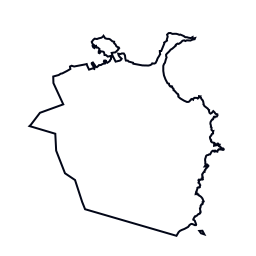 Kritar - Sirah, `Adan, Yemen (Robinson projection), rotated 278°
{"feature_id": "15242507B68167315655913", "entity_name": "Kritar - Sirah", "entity_type": "district", "adm_level": 2, "iso_a3": "YEM", "parent_name": "Yemen", "parent_adm1": "`Adan", "projection": "robinson", "projection_center": [45.033, 12.772], "detail": "fine", "context": "isolated", "style": "outline", "palette": "ink", "viewbox_px": 256, "rotation_deg": 278, "n_neighbors": 0, "source": "geoboundaries", "source_scale": "gbopen_adm2", "svg_char_len": 5918}
<svg xmlns="http://www.w3.org/2000/svg" viewBox="0 0 256 256"><g transform="rotate(278 128 128)"><path d="M116.2,30.2L112.2,56.8L95.6,60.0L74.4,71.9L69.1,82.8L48.4,92.9L41.6,96.8L28.0,191.0L31.9,192.6L33.3,193.7L34.5,195.4L35.9,197.9L38.4,201.3L39.6,202.0L40.3,202.3L41.5,203.5L41.9,204.4L41.8,205.4L41.1,207.7L41.3,208.8L42.0,208.9L42.5,208.5L42.8,208.5L43.2,208.3L44.2,207.7L45.4,207.1L46.0,206.3L46.3,205.4L47.2,205.5L49.7,206.5L49.7,207.1L50.3,207.5L50.7,208.3L52.6,209.7L52.6,210.2L53.3,211.1L54.4,211.6L54.7,211.4L54.8,211.2L55.4,211.5L56.5,211.0L58.5,210.4L59.0,210.8L60.3,210.9L61.0,210.7L61.9,211.1L62.7,211.5L62.7,212.1L63.2,212.5L64.2,212.5L65.0,212.2L65.4,213.0L65.9,213.2L66.6,212.6L68.6,211.5L69.9,210.1L70.5,209.1L71.2,207.3L71.9,207.1L72.0,206.7L71.9,206.1L72.6,205.9L72.6,205.4L73.0,205.1L72.5,204.7L72.2,204.7L72.0,204.2L72.6,204.2L73.0,204.4L74.1,204.3L74.5,204.8L75.8,204.7L76.3,205.0L76.7,205.0L77.7,205.2L78.3,205.0L78.7,205.3L78.7,205.7L79.2,206.7L79.1,207.1L79.4,207.4L80.0,207.3L80.2,207.1L80.5,207.3L81.1,207.5L81.5,207.5L82.0,207.0L82.6,206.6L83.0,206.5L83.6,205.4L84.8,205.8L86.1,205.0L86.8,205.5L86.5,206.1L86.8,206.8L86.8,207.1L87.3,207.4L87.3,208.9L87.5,209.2L87.8,209.0L88.5,209.0L88.8,208.6L89.0,208.9L89.4,208.7L89.7,208.6L89.9,208.8L90.3,208.4L90.9,208.1L91.7,208.3L92.4,207.9L94.7,209.0L95.1,209.3L95.1,209.8L95.2,210.0L96.5,209.8L97.1,210.0L97.4,210.5L98.6,210.7L99.4,211.5L99.8,211.6L100.0,211.9L100.4,212.0L100.7,212.4L101.6,212.9L101.9,212.8L102.0,212.3L102.2,212.1L102.5,212.0L102.7,211.7L100.8,210.4L100.6,209.3L103.0,210.4L103.4,209.5L105.2,209.3L106.5,208.9L108.0,208.7L110.0,209.1L110.8,209.1L111.6,209.5L112.1,210.1L112.4,211.1L113.2,212.0L113.2,212.8L113.3,213.0L116.3,214.1L117.3,215.1L117.3,215.7L117.2,216.2L116.8,216.4L116.6,216.8L116.8,217.1L117.2,217.1L117.0,217.5L117.6,217.8L117.1,219.0L117.0,219.8L118.5,220.0L119.0,220.8L119.5,220.8L119.7,221.8L119.6,223.1L120.0,223.6L119.6,224.2L119.5,225.2L120.0,225.8L120.3,225.7L120.6,225.6L121.0,225.1L121.0,223.7L121.3,223.2L121.6,222.3L122.3,222.1L122.4,221.2L122.6,220.7L123.1,220.7L123.8,220.9L123.5,220.2L124.7,220.0L125.1,219.5L125.1,219.1L125.0,218.7L124.0,218.1L123.9,218.5L123.4,218.4L122.4,215.7L123.8,215.6L124.7,216.2L125.3,215.6L125.3,215.3L125.1,214.9L125.5,214.1L125.5,213.2L126.2,212.1L126.9,212.0L127.5,212.1L128.0,211.7L128.0,211.3L129.3,210.7L130.4,210.4L131.1,210.7L132.3,211.6L133.1,211.6L133.8,212.0L134.4,213.0L135.0,212.9L135.4,212.8L136.8,212.9L136.6,212.4L137.1,211.9L137.6,211.1L138.0,211.0L138.2,210.8L140.0,210.7L140.6,209.9L141.1,210.0L142.7,209.5L143.5,209.0L145.0,208.9L145.7,209.0L147.1,209.6L148.1,210.2L148.1,210.6L148.4,210.9L148.7,211.1L149.2,211.0L150.9,211.5L150.7,212.3L151.3,212.4L151.4,213.3L151.7,213.7L151.7,214.3L152.9,214.9L154.0,214.6L154.2,212.8L154.8,212.2L155.6,211.5L156.6,210.1L154.5,208.8L153.7,207.7L154.4,206.6L156.4,205.7L157.1,205.8L157.4,205.1L158.3,204.3L160.4,200.6L161.1,200.2L161.9,199.4L162.6,199.5L163.6,199.1L164.4,198.9L165.5,198.3L166.2,197.7L166.4,197.2L167.7,196.2L168.1,196.1L168.3,195.9L168.3,195.2L169.1,194.8L169.4,195.0L169.4,193.9L168.7,194.0L168.1,193.8L167.3,193.3L166.9,193.0L167.4,192.2L167.1,189.5L166.4,189.1L165.9,188.5L165.2,188.5L165.7,187.3L165.4,186.6L165.2,186.5L164.9,186.7L164.6,186.2L164.0,185.7L163.3,185.4L162.7,184.9L162.2,184.0L162.0,182.7L162.9,179.6L164.6,175.6L166.0,173.5L166.8,173.2L167.4,173.5L168.7,172.6L168.8,171.9L171.5,168.7L171.7,167.9L172.8,167.8L173.4,167.4L173.4,166.9L174.6,166.0L175.3,165.9L175.4,165.4L175.4,165.0L174.9,164.7L175.1,164.0L175.4,163.9L175.5,163.5L176.3,162.8L177.6,162.4L177.8,160.9L181.3,158.4L185.1,156.3L189.4,155.0L194.4,154.3L196.3,154.7L197.8,155.5L201.1,155.9L203.4,156.4L204.1,155.9L205.8,155.5L206.7,155.9L209.5,158.1L211.5,159.3L212.7,160.8L216.1,163.8L216.4,163.5L217.1,163.8L217.9,164.6L218.5,165.5L218.3,166.2L218.7,167.0L220.0,168.4L221.7,169.6L222.3,170.4L222.6,171.7L222.1,172.6L223.0,174.1L223.3,177.7L224.5,179.6L225.2,181.6L226.4,181.9L225.6,180.0L226.0,179.5L227.0,179.3L225.8,177.7L225.8,175.6L226.1,173.7L225.9,172.5L226.2,171.3L226.6,171.0L227.2,169.1L227.8,166.8L227.4,165.8L227.8,164.4L228.0,162.6L227.4,158.8L228.0,156.8L227.6,155.0L225.9,153.7L223.9,154.6L221.1,154.1L220.0,154.5L217.6,151.9L216.8,152.2L208.9,150.2L208.7,148.8L207.5,149.0L205.4,149.6L205.1,149.3L203.8,148.9L201.5,147.8L199.8,147.3L199.2,147.3L196.3,146.3L195.5,145.3L195.3,143.9L195.4,143.0L194.3,142.5L193.3,141.1L192.7,139.6L192.0,133.6L192.4,124.3L193.3,124.0L193.9,119.4L194.7,118.4L194.5,116.5L196.4,115.7L199.5,114.9L201.2,113.5L201.0,111.6L200.2,110.3L200.2,108.0L198.4,108.8L197.0,110.2L195.7,112.1L194.6,111.6L193.6,110.6L192.0,106.5L197.7,102.5L200.1,101.4L201.2,105.0L204.4,107.5L204.9,107.3L205.9,108.1L206.5,107.6L206.8,106.2L207.3,105.1L209.0,104.0L210.0,102.5L211.5,102.3L211.6,100.6L213.3,97.9L213.6,96.7L213.4,94.9L213.6,93.0L215.9,90.9L214.9,90.4L213.7,89.1L212.7,86.5L211.8,84.9L211.8,82.5L210.4,81.3L208.2,80.1L206.2,81.3L205.5,82.6L204.4,81.5L203.0,82.4L202.6,83.4L204.2,83.6L204.8,84.9L203.6,85.1L203.2,85.4L203.6,86.4L203.1,87.6L202.5,88.2L202.3,88.7L201.2,88.7L200.7,89.3L200.1,88.4L199.3,88.4L198.3,88.6L198.1,89.4L198.8,89.9L200.2,90.1L200.1,91.6L200.2,92.5L199.8,93.5L198.4,94.2L197.0,94.6L197.1,96.2L195.9,98.0L196.4,99.5L197.2,101.4L196.4,102.0L195.2,101.4L193.9,101.6L192.9,100.9L191.7,100.6L189.7,98.4L190.4,97.2L191.5,96.9L191.7,96.1L191.4,95.0L190.4,94.9L189.9,95.8L189.6,96.8L188.5,96.1L188.6,95.3L187.6,93.6L186.6,92.4L186.2,90.5L185.6,90.2L183.9,88.7L184.2,87.5L185.6,86.4L188.0,84.1L187.3,83.1L186.6,83.1L183.6,85.6L182.8,86.5L181.8,86.4L182.2,84.9L180.4,81.3L183.9,79.0L185.6,78.2L185.1,77.0L181.4,66.1L181.8,63.5L180.8,62.0L178.4,62.7L176.1,59.8L172.9,55.3L172.4,53.8L170.8,52.0L168.6,46.8L162.1,47.9L142.4,60.6L130.8,38.7L117.6,31.3L116.2,30.2ZM36.6,216.0L36.0,213.0L33.9,215.0L33.3,218.4L36.6,216.0Z" fill="none" stroke="#020617" stroke-width="2"/></g></svg>